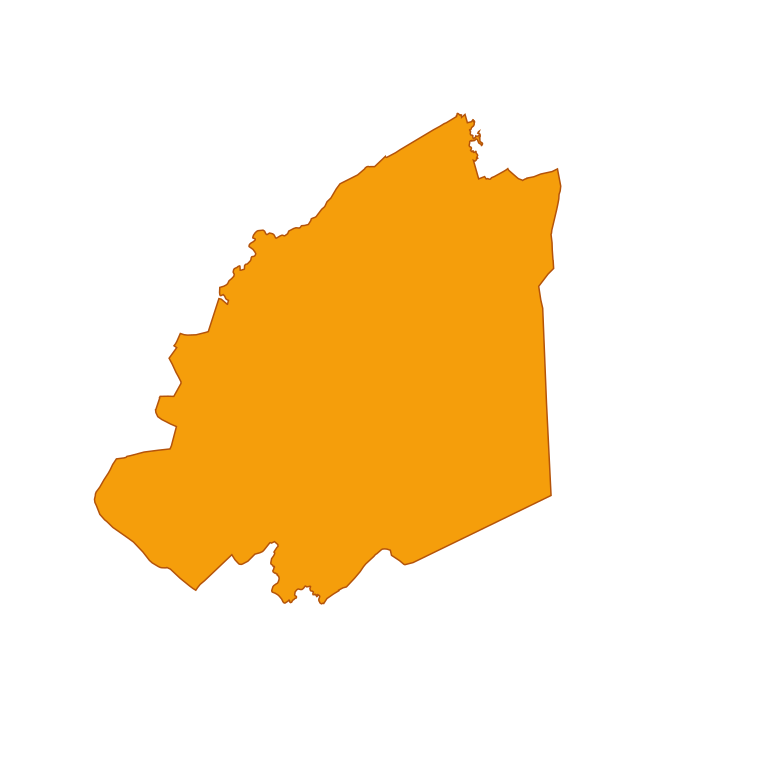 outline of Čornajas pag., Rezeknes, Latvia, rotated 301°
{"feature_id": "27541924B53190553604888", "entity_name": "Čornajas pag.", "entity_type": "district", "adm_level": 2, "iso_a3": "LVA", "parent_name": "Latvia", "parent_adm1": "Rezeknes", "projection": "robinson", "projection_center": [27.431, 56.389], "detail": "fine", "context": "isolated", "style": "filled", "palette": "amber", "viewbox_px": 768, "rotation_deg": 301, "n_neighbors": 0, "source": "geoboundaries", "source_scale": "gbopen_adm2", "svg_char_len": 6159}
<svg xmlns="http://www.w3.org/2000/svg" viewBox="0 0 768 768"><g transform="rotate(301 384 384)"><path d="M374.5,584.6L451.2,533.2L530.7,481.0L536.8,475.1L547.4,466.3L562.7,468.0L570.4,469.9L577.1,465.3L577.4,464.9L585.7,459.1L591.6,455.3L598.3,450.1L599.5,449.9L602.3,448.6L622.4,442.2L628.2,440.2L632.7,438.5L636.7,436.4L640.2,435.6L644.6,433.6L657.7,421.9L652.7,418.7L644.7,410.2L638.8,405.7L634.3,400.7L634.2,400.9L632.0,399.1L629.9,398.0L630.0,397.6L629.3,394.0L629.3,392.7L631.3,381.5L631.6,380.4L632.4,379.2L630.6,378.5L628.1,377.2L618.6,371.7L616.2,369.9L614.5,369.7L613.7,368.7L613.5,367.1L612.4,366.0L613.6,363.4L608.6,359.5L621.8,345.4L621.9,347.1L622.1,347.3L623.4,347.7L624.6,347.5L625.8,348.1L626.0,347.7L625.3,347.2L625.4,346.9L628.3,346.5L628.7,345.9L629.5,344.0L630.6,343.2L630.7,342.9L630.2,342.5L629.3,342.3L628.7,341.7L628.9,340.9L629.7,340.4L629.6,340.1L628.7,339.9L628.4,339.5L628.5,338.8L628.9,338.4L629.0,337.8L630.5,337.8L631.4,337.3L631.8,336.5L631.6,335.5L632.0,334.4L632.6,334.0L634.7,333.3L635.9,332.6L637.1,332.9L637.9,333.7L637.5,334.0L639.2,336.1L639.7,336.4L640.9,336.5L641.5,337.0L641.6,337.9L641.4,338.4L639.6,340.8L639.3,341.6L639.4,343.9L638.6,344.7L638.8,344.9L640.2,344.9L641.0,344.5L641.2,343.9L641.3,341.8L641.8,341.0L643.9,339.6L644.1,338.9L645.4,339.1L646.8,338.3L647.6,337.5L647.7,335.9L647.9,335.6L649.6,335.4L648.9,335.1L647.3,335.2L647.5,336.2L647.2,337.2L645.7,337.5L644.1,336.1L644.0,334.9L642.4,335.3L640.4,334.3L640.6,333.8L641.6,332.7L642.6,332.3L642.7,331.7L642.2,330.2L642.8,329.1L644.9,328.2L645.3,327.3L645.8,326.5L646.2,326.5L646.6,327.3L646.9,327.4L648.9,327.0L651.3,327.8L652.7,327.7L654.3,326.9L655.3,326.7L655.8,326.1L655.0,325.9L655.4,325.1L655.9,324.6L656.9,324.2L653.9,323.9L650.9,320.9L656.8,314.6L652.6,313.2L653.3,312.8L653.4,312.4L653.8,312.1L653.6,311.8L653.7,311.6L654.4,311.6L653.9,310.4L653.6,310.3L654.0,308.6L653.9,307.8L653.6,307.5L653.2,307.5L652.3,308.0L651.1,307.9L650.6,308.4L639.9,302.8L638.2,301.5L633.7,299.2L627.4,295.5L593.0,277.1L588.2,274.8L579.6,269.6L579.3,268.1L579.6,267.9L565.5,264.0L563.4,260.5L562.8,259.8L562.4,258.6L561.8,257.8L561.0,257.2L559.4,256.6L558.3,256.6L549.6,253.7L533.0,243.2L526.7,242.6L516.1,242.7L510.9,241.3L506.1,241.8L505.0,241.7L501.7,240.6L492.4,239.6L491.3,239.0L489.0,237.1L488.0,236.6L486.4,237.1L481.8,237.0L479.0,234.3L477.3,231.9L476.9,231.7L475.0,231.6L474.0,231.0L472.6,228.1L470.8,226.5L466.0,223.6L463.2,224.0L459.9,222.6L459.6,222.1L459.3,220.4L458.9,219.8L457.4,218.7L455.1,217.5L453.6,216.6L453.4,215.8L455.0,213.3L455.3,212.5L455.4,211.2L454.9,209.4L454.4,208.1L452.0,206.9L451.7,206.5L451.7,206.2L452.0,205.2L453.5,202.9L453.6,201.1L450.5,197.0L449.4,196.3L447.4,195.7L444.3,195.5L442.1,196.0L441.6,196.5L442.0,198.4L441.9,199.0L441.3,199.4L438.9,198.8L436.4,197.4L434.9,196.9L433.7,196.9L432.6,197.3L432.3,197.6L431.9,202.4L430.6,205.5L429.6,207.0L428.1,207.3L427.2,207.2L426.4,206.7L425.1,205.2L424.1,205.1L421.9,205.9L420.7,206.0L416.8,205.1L416.3,204.9L415.5,203.9L414.8,203.6L413.5,203.6L410.9,205.0L410.6,205.1L410.0,204.8L409.3,204.0L408.0,203.0L407.5,202.1L410.6,200.0L410.9,199.6L410.8,199.3L409.6,198.4L407.9,197.8L406.9,197.0L405.7,196.3L404.4,196.3L402.6,196.9L402.0,197.3L401.0,199.1L399.0,199.8L395.8,199.1L392.7,198.0L389.4,198.3L387.8,197.8L385.4,196.4L382.2,193.5L377.6,196.0L376.1,197.2L375.5,198.0L375.6,198.5L376.0,198.9L377.8,200.1L377.3,202.0L375.7,204.4L375.5,204.9L375.4,206.4L375.6,207.6L371.7,208.8L371.6,208.6L372.9,200.8L372.2,198.5L338.4,206.4L336.4,204.6L329.4,197.6L324.7,190.4L323.3,187.3L322.4,183.4L313.8,184.5L311.1,184.6L308.6,184.3L308.4,187.6L295.4,186.5L291.8,192.5L286.8,199.8L284.5,203.8L281.3,208.9L279.8,209.7L265.1,210.2L262.3,205.2L258.1,198.5L256.5,198.6L256.3,199.0L244.6,201.6L244.3,201.4L242.0,203.2L239.5,206.9L239.1,211.7L239.8,222.0L240.6,228.0L221.5,233.6L218.1,234.0L211.2,224.9L202.1,213.4L192.1,203.7L189.5,200.9L188.5,200.8L186.8,199.3L182.0,193.2L175.3,192.9L169.2,193.5L165.5,193.6L157.7,193.3L149.2,193.5L143.3,192.9L141.1,193.3L139.5,194.1L136.1,195.2L133.6,197.2L131.5,200.3L125.9,207.6L123.7,214.5L123.4,217.1L121.4,225.5L120.1,244.1L119.5,250.7L115.8,264.0L112.0,273.8L111.3,277.4L111.3,284.5L111.5,286.5L111.8,287.6L112.6,289.2L114.3,292.1L114.9,292.4L115.3,296.3L112.5,309.2L110.7,321.8L110.3,326.0L110.3,328.9L113.6,329.1L117.5,329.6L123.0,331.5L159.3,341.5L156.6,346.8L155.4,350.9L155.0,352.6L155.8,354.5L156.9,355.5L162.0,358.6L171.7,361.0L175.5,364.6L177.9,366.2L179.9,366.7L189.0,367.9L189.4,368.1L189.7,369.5L192.5,371.3L191.7,375.7L190.2,376.8L188.7,376.4L183.7,376.2L183.2,376.3L183.0,377.2L182.2,377.7L180.1,377.9L176.4,377.6L172.6,379.0L171.8,379.5L171.4,380.2L171.3,381.8L170.6,382.9L171.1,383.8L170.7,384.4L169.6,384.3L168.7,384.8L166.7,384.9L165.9,385.6L165.6,387.6L166.1,388.6L165.8,389.3L166.0,390.6L165.3,390.7L164.8,392.8L163.6,394.1L162.3,394.7L160.1,395.2L158.5,395.3L156.7,394.3L154.2,393.3L152.9,393.2L149.2,394.1L148.4,394.8L148.1,395.4L148.6,398.4L148.6,401.5L148.2,403.5L146.9,407.1L145.4,409.4L144.9,410.6L145.1,411.8L145.4,412.1L148.8,413.7L149.5,413.7L149.9,413.9L149.8,414.4L148.6,415.5L148.5,416.5L149.4,417.2L150.7,417.1L152.1,417.3L152.9,417.8L154.2,418.0L155.1,418.9L155.9,418.9L156.8,418.3L156.7,417.0L157.1,416.1L160.0,414.9L162.4,415.2L163.5,415.6L164.2,416.2L164.8,418.3L165.6,419.5L167.3,420.2L170.1,420.5L170.4,420.9L170.3,422.2L170.5,422.5L172.0,424.2L172.1,424.6L172.5,424.7L172.6,425.3L172.3,425.5L170.4,425.9L169.1,427.3L169.0,428.0L169.5,429.2L169.4,430.5L167.4,431.1L166.9,431.7L167.3,432.5L168.3,433.2L168.3,433.6L167.9,433.9L168.3,434.5L167.3,435.5L167.2,435.9L168.1,436.2L169.0,435.6L169.4,435.6L169.5,435.9L169.2,436.6L169.4,437.3L169.3,437.8L168.6,438.5L166.1,438.9L165.2,439.4L164.4,440.2L164.3,440.7L163.5,441.6L163.3,442.8L163.4,443.7L164.8,444.7L164.8,445.4L170.7,445.6L178.1,448.9L183.6,451.8L183.9,451.3L188.1,453.8L190.7,456.3L202.3,458.8L210.9,460.2L216.8,460.5L220.3,461.0L231.0,464.1L233.5,464.5L234.7,465.2L240.3,467.0L241.6,467.6L243.0,469.5L244.0,471.6L244.8,475.0L241.0,478.7L240.6,488.3L239.7,493.8L239.9,495.0L245.9,500.9L374.5,584.6Z" fill="#f59e0b" stroke="#b45309" stroke-width="1.5"/></g></svg>